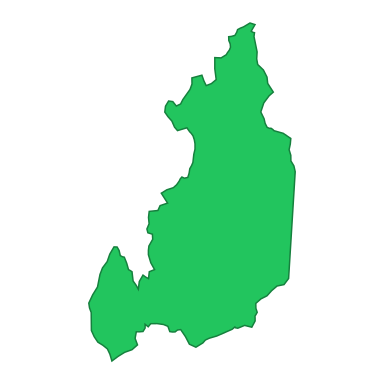 map outline of Mŏṇarāgala (Robinson projection)
{"feature_id": "LKA-2468", "entity_name": "Mŏṇarāgala", "entity_type": "District", "adm_level": 1, "iso_a3": "LKA", "parent_name": "Sri Lanka", "parent_adm1": "", "projection": "robinson", "projection_center": [81.231, 6.876], "detail": "fine", "context": "isolated", "style": "filled", "palette": "green", "viewbox_px": 384, "rotation_deg": 0, "n_neighbors": 0, "source": "natural_earth", "source_scale": "10m", "svg_char_len": 2281}
<svg xmlns="http://www.w3.org/2000/svg" viewBox="0 0 384 384"><path d="M111.9,361.0L109.9,354.2L107.4,348.9L102.8,345.2L97.9,342.2L94.2,336.7L91.4,330.5L91.2,312.5L89.5,307.9L88.8,303.1L92.7,294.8L97.5,287.0L100.0,274.4L102.5,267.9L107.2,261.6L109.8,254.1L114.0,246.9L117.1,247.0L119.1,250.5L120.3,255.6L122.3,256.7L124.3,257.2L126.7,263.2L128.5,269.6L130.3,270.6L132.0,271.7L133.1,281.0L136.1,285.2L138.3,289.2L139.3,281.5L143.0,275.1L145.7,277.1L148.5,278.6L149.3,271.7L154.6,269.6L150.8,262.8L148.4,254.7L148.4,250.3L148.9,246.0L152.7,239.3L152.4,234.2L147.9,232.8L146.9,229.0L149.1,223.7L148.5,217.5L149.2,211.4L157.9,210.5L160.1,205.6L167.6,203.1L161.3,193.2L166.8,189.8L173.3,187.7L176.6,184.8L179.2,181.1L180.3,178.8L181.9,177.0L184.4,178.2L187.8,177.4L189.1,173.2L189.8,168.7L191.5,165.7L192.9,162.5L193.8,154.4L195.0,149.2L195.0,143.8L194.3,139.7L193.0,135.8L191.1,133.2L189.7,131.8L186.9,127.8L177.5,130.6L174.5,127.1L171.9,121.1L168.0,116.7L164.8,112.1L165.5,106.2L168.6,101.0L172.8,101.6L176.3,106.0L180.6,104.0L182.9,99.5L190.0,89.5L192.0,84.0L191.9,77.9L201.9,75.2L203.9,80.9L206.2,85.6L211.4,83.6L216.2,79.6L214.8,68.8L214.8,57.6L221.1,57.9L226.3,54.7L227.5,52.6L229.3,50.2L230.5,47.3L230.2,43.9L228.8,40.5L228.7,36.7L231.4,36.4L234.9,35.4L236.7,32.3L237.6,29.6L240.4,28.1L243.5,26.9L250.0,23.0L255.0,24.6L251.2,31.2L252.8,32.3L254.5,32.7L254.0,36.6L257.1,51.9L256.7,58.9L257.7,64.5L263.4,70.0L267.0,77.1L267.7,83.4L273.3,92.1L269.1,95.8L263.8,102.9L260.8,112.0L264.1,118.8L265.1,123.3L267.1,127.3L269.2,128.3L271.1,128.3L272.7,129.4L274.0,130.7L283.2,133.3L290.8,138.5L290.3,144.0L289.1,149.7L290.8,155.3L290.9,160.9L293.9,165.9L295.2,171.7L288.6,278.5L284.0,284.6L277.1,286.0L271.6,290.7L267.0,295.8L260.9,298.9L255.8,303.4L255.9,308.3L257.2,312.3L256.1,314.3L255.0,316.1L255.1,318.5L255.1,321.0L251.8,327.2L244.6,325.4L237.8,328.2L235.5,327.8L234.9,327.0L232.1,329.3L216.8,336.0L209.3,338.2L205.4,340.0L202.9,342.9L195.9,347.2L189.4,344.2L185.5,336.7L180.7,329.6L177.5,330.0L175.1,331.9L172.4,332.0L169.8,331.6L167.9,326.3L163.5,324.5L157.1,323.6L150.7,323.7L148.2,326.8L145.1,324.3L145.1,328.1L143.0,331.5L139.5,331.8L136.3,331.8L135.1,338.4L137.5,344.9L132.0,349.7L124.7,352.3L118.2,356.3L111.9,361.0Z" fill="#22c55e" stroke="#15803d" stroke-width="1.5"/></svg>